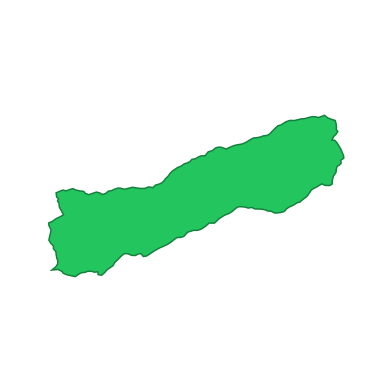 Pacaembu, São Paulo, Brazil (Robinson projection), rotated 65°
{"feature_id": "56859067B55834981696597", "entity_name": "Pacaembu", "entity_type": "district", "adm_level": 2, "iso_a3": "BRA", "parent_name": "Brazil", "parent_adm1": "São Paulo", "projection": "robinson", "projection_center": [-51.275, -21.497], "detail": "fine", "context": "isolated", "style": "filled", "palette": "green", "viewbox_px": 384, "rotation_deg": 65, "n_neighbors": 0, "source": "geoboundaries", "source_scale": "gbopen_adm2", "svg_char_len": 2767}
<svg xmlns="http://www.w3.org/2000/svg" viewBox="0 0 384 384"><g transform="rotate(65 192 192)"><path d="M203.5,352.0L205.6,346.2L209.0,343.4L211.2,343.0L213.2,341.3L215.0,339.3L217.6,335.9L219.4,333.3L218.6,329.6L218.5,326.1L219.6,323.1L219.8,320.1L221.2,316.7L223.4,314.4L224.5,311.1L227.2,312.0L229.2,309.2L228.2,305.3L226.6,301.9L226.1,298.8L225.4,294.8L223.2,291.7L222.3,288.8L220.9,285.1L219.9,282.4L219.3,279.2L220.9,276.2L224.0,273.4L225.7,269.9L225.4,267.2L226.3,264.2L229.9,263.4L230.8,260.2L230.3,256.5L229.4,250.4L229.0,245.0L229.1,241.5L229.1,236.3L228.6,232.4L227.8,229.2L226.9,225.1L228.4,221.2L228.8,218.2L227.7,215.5L226.6,213.0L227.4,206.8L229.2,202.8L229.5,199.2L228.7,193.9L227.4,189.6L229.7,184.8L227.7,178.8L227.1,175.2L226.8,171.5L227.1,167.9L226.6,163.4L225.4,159.8L224.9,156.7L226.0,153.9L228.0,150.4L230.4,147.7L231.2,144.4L233.9,142.2L235.9,138.2L237.1,136.0L239.0,133.3L241.0,131.7L242.9,128.4L245.7,126.3L246.8,124.2L247.9,120.8L248.7,116.8L247.2,113.2L246.7,110.2L246.8,106.3L246.2,101.3L246.7,98.3L245.6,94.7L244.5,89.5L242.5,86.0L240.6,82.9L240.2,80.2L240.2,77.6L239.9,74.6L239.5,70.9L242.3,68.5L244.3,64.6L244.1,61.7L240.9,60.0L237.5,57.3L235.1,53.2L232.5,51.7L230.1,49.7L229.9,47.1L228.9,44.6L226.2,43.9L225.5,40.1L223.2,39.3L220.7,39.2L216.3,39.0L212.6,39.3L208.1,39.9L205.3,40.9L204.2,43.2L201.7,40.4L200.5,37.0L198.8,34.3L196.4,34.8L193.9,33.5L191.2,32.6L187.7,32.0L185.6,34.3L182.4,37.5L178.5,39.5L178.2,43.2L178.0,45.9L176.2,48.0L174.5,51.1L173.6,55.9L173.0,59.6L171.9,62.0L171.2,65.7L170.5,68.9L168.5,73.0L168.1,77.0L168.4,80.4L168.9,83.2L168.2,86.0L169.1,88.7L170.9,93.8L172.4,97.5L172.4,100.2L171.3,103.6L171.0,107.1L170.0,110.9L169.0,113.5L169.2,117.2L169.8,122.0L169.7,126.1L167.9,132.9L167.6,136.0L167.5,139.2L167.5,142.8L163.4,147.1L162.3,149.9L162.1,152.7L163.1,155.7L162.5,160.5L164.7,164.7L163.0,168.9L163.0,171.6L163.3,174.7L162.4,178.4L163.5,180.8L163.7,183.5L163.2,187.1L164.0,191.1L163.7,194.6L164.7,200.8L165.7,203.7L167.5,206.8L168.7,210.4L170.2,213.0L171.0,216.0L170.9,218.7L170.3,222.3L171.6,225.4L169.0,229.2L168.9,232.9L167.2,236.8L164.5,241.2L162.6,243.8L161.6,248.9L160.9,252.2L158.6,254.8L157.3,256.9L156.7,260.3L156.8,264.0L155.9,267.6L156.8,270.6L156.6,273.8L153.9,276.0L151.7,278.6L151.3,281.9L150.8,286.7L148.1,289.3L145.7,289.9L143.7,293.0L141.2,296.4L138.6,298.5L138.1,301.7L137.8,305.5L135.6,308.3L135.5,311.0L135.3,315.5L139.4,316.8L141.6,315.8L143.3,317.7L146.1,317.3L149.5,318.6L154.4,318.3L158.5,318.2L158.7,322.6L158.7,326.4L159.7,331.3L159.4,334.8L161.6,335.8L166.9,335.8L170.0,338.1L172.8,340.4L175.3,342.1L178.7,341.7L182.4,340.4L184.9,341.6L188.4,340.6L191.5,341.6L195.2,342.6L197.5,342.6L200.5,344.2L202.4,347.4L203.5,352.0Z" fill="#22c55e" stroke="#15803d" stroke-width="1.5"/></g></svg>